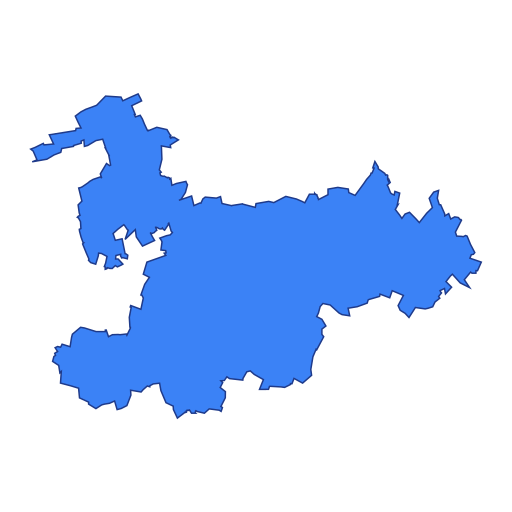 Nkangala, Mpumalanga, South Africa
{"feature_id": "47623444B64302501149239", "entity_name": "Nkangala", "entity_type": "district", "adm_level": 2, "iso_a3": "ZAF", "parent_name": "South Africa", "parent_adm1": "Mpumalanga", "projection": "mercator", "projection_center": [29.297, -25.643], "detail": "fine", "context": "isolated", "style": "filled", "palette": "blue", "viewbox_px": 512, "rotation_deg": 0, "n_neighbors": 0, "source": "geoboundaries", "source_scale": "gbopen_adm2", "svg_char_len": 6019}
<svg xmlns="http://www.w3.org/2000/svg" viewBox="0 0 512 512"><path d="M55.1,347.7L57.6,351.5L54.7,353.3L55.5,355.4L53.9,356.5L52.6,361.4L58.7,365.4L59.9,372.9L61.3,371.5L60.5,383.1L70.7,385.8L78.6,388.2L79.5,397.9L88.6,402.1L88.6,404.1L95.9,408.6L101.7,404.9L104.5,404.1L109.5,403.3L114.6,401.0L117.1,409.6L121.2,408.5L126.9,405.6L130.9,395.1L130.6,390.2L141.1,392.0L143.2,389.6L147.3,386.0L149.8,386.8L149.9,385.7L153.3,383.9L159.6,383.2L160.9,390.6L166.0,402.7L173.2,406.1L173.4,409.5L177.4,418.1L184.5,412.7L184.9,412.7L185.0,412.5L185.0,412.3L185.6,412.3L186.0,412.0L186.4,412.1L186.4,411.6L186.1,411.5L186.1,411.1L186.8,410.5L187.1,410.5L187.2,410.2L187.5,410.3L187.5,410.6L187.8,410.6L187.9,410.3L188.5,410.1L189.0,410.3L189.5,410.0L191.5,413.2L195.7,413.2L195.3,412.8L195.2,412.5L195.4,412.1L195.5,411.0L195.9,410.7L197.2,411.5L204.4,413.2L209.2,408.9L219.2,410.2L221.1,411.4L221.8,409.5L222.4,407.5L222.0,407.3L221.3,406.6L220.9,406.5L225.3,397.8L225.4,391.6L220.2,387.5L222.7,382.6L220.9,380.8L224.3,380.5L226.9,376.8L229.5,378.6L242.8,380.1L243.0,378.4L246.8,371.8L250.3,370.9L254.2,374.4L263.4,379.6L259.5,389.4L263.8,389.4L268.5,389.3L269.5,386.4L270.2,386.3L281.0,386.9L284.6,387.4L290.5,384.5L290.5,383.6L292.0,383.7L294.0,378.4L302.6,383.1L311.6,375.3L310.8,369.5L312.9,356.8L316.1,349.2L316.7,349.8L323.7,336.7L321.9,334.4L321.9,329.1L325.9,326.0L321.9,319.3L316.7,316.6L318.4,313.1L320.2,306.5L322.9,303.5L330.2,305.0L339.0,313.0L342.0,314.6L349.7,315.8L348.1,308.2L357.3,306.7L367.2,303.1L368.1,300.0L368.9,299.5L379.6,296.4L380.0,294.1L389.7,297.8L392.2,290.7L403.4,295.4L398.1,305.6L400.2,310.3L405.1,313.3L409.0,317.5L415.4,307.5L425.2,308.9L427.9,308.3L432.7,306.8L435.0,302.0L439.8,298.2L438.6,296.5L441.5,292.9L440.6,291.9L440.3,291.3L440.3,290.9L440.1,290.6L444.5,288.5L445.5,293.9L451.6,287.2L446.0,281.6L450.4,276.0L452.4,274.2L460.2,282.9L469.6,287.6L464.3,279.7L470.6,272.1L472.0,273.2L475.9,273.2L476.0,270.6L477.5,270.7L481.3,262.1L469.9,258.2L471.3,254.7L473.4,254.3L474.8,252.6L470.5,244.4L467.1,236.1L465.6,235.5L463.2,236.7L461.9,236.4L456.7,236.1L455.4,232.1L461.5,220.2L460.9,219.5L459.9,219.5L458.5,217.6L457.3,217.3L454.7,216.9L450.7,219.0L448.7,213.6L444.8,215.9L444.7,213.9L440.7,204.8L439.3,204.7L437.3,198.3L438.6,190.4L433.7,192.1L429.2,198.3L432.4,207.6L426.7,213.2L419.3,222.6L415.8,218.7L409.5,212.3L405.1,214.0L401.9,218.4L399.5,214.9L395.3,209.5L398.1,204.5L397.3,204.8L399.7,193.1L394.9,191.4L394.2,195.0L392.1,194.1L390.6,193.0L388.1,186.8L387.2,185.1L390.2,182.5L388.9,179.5L388.4,181.1L387.6,179.3L387.7,175.4L386.9,174.8L385.6,175.1L384.8,173.4L378.3,168.8L378.1,166.8L374.9,161.5L372.8,167.9L374.1,168.1L372.1,173.0L371.1,173.1L370.4,175.1L366.6,179.4L363.8,183.5L355.1,195.4L348.8,192.6L348.3,189.0L337.8,187.4L328.0,189.1L328.0,194.7L318.6,199.5L318.6,199.1L318.0,198.5L318.0,197.4L317.6,196.9L317.1,195.9L317.0,194.9L316.7,194.8L316.1,194.8L315.8,194.2L315.5,194.1L315.2,194.2L315.2,193.9L314.9,193.8L314.7,193.5L314.7,193.9L314.1,194.2L309.4,194.2L304.8,202.8L302.0,201.4L296.4,199.0L285.8,196.4L273.8,202.6L268.7,201.4L256.0,203.6L255.3,207.4L242.3,204.0L242.3,203.9L231.9,205.5L231.7,205.7L222.0,203.5L220.5,196.6L216.4,198.1L205.2,197.1L202.9,198.9L200.9,203.2L199.9,203.0L193.9,205.6L191.6,196.0L178.9,200.3L181.0,199.4L185.4,192.5L187.5,184.7L186.7,183.4L185.9,181.4L176.4,183.5L171.9,185.3L170.8,178.3L169.7,179.1L169.3,177.8L168.0,177.3L167.4,177.8L164.2,176.1L163.0,176.3L160.6,175.5L159.9,172.9L161.2,172.2L159.3,169.9L161.9,159.3L161.4,145.9L170.7,147.6L170.2,145.0L178.4,139.9L173.9,137.2L173.1,137.7L172.3,137.1L171.6,137.8L171.0,137.1L170.4,137.9L169.8,136.6L170.8,135.3L169.9,134.6L167.0,129.6L156.8,127.3L148.4,130.7L148.2,130.3L147.5,130.6L144.5,124.2L142.4,119.0L140.2,115.3L135.4,116.9L134.4,114.5L135.2,114.4L131.7,105.7L141.6,100.9L140.6,98.6L138.1,93.9L129.9,97.5L122.8,100.8L121.0,97.1L105.6,96.1L96.6,105.3L91.6,107.2L85.8,109.3L80.9,111.9L75.3,116.1L78.0,122.0L81.0,128.0L76.1,128.4L75.6,130.6L49.3,134.8L53.6,144.0L44.0,144.9L43.3,143.4L34.9,147.5L30.7,149.1L33.2,151.1L37.0,159.9L32.2,161.8L46.9,159.2L54.1,154.9L60.8,152.3L61.7,148.5L73.5,146.4L73.6,145.5L81.3,143.2L81.1,141.1L83.9,139.9L84.4,146.4L87.7,145.5L95.9,140.6L102.7,139.2L105.6,147.9L105.2,147.9L109.0,155.3L108.8,155.3L110.6,165.1L109.5,165.6L106.5,163.5L100.3,173.9L101.7,178.1L100.4,176.9L93.1,179.4L89.8,181.3L87.8,183.0L82.4,186.7L80.8,187.5L78.7,188.0L81.9,201.1L78.1,204.9L79.2,212.8L80.0,215.4L78.3,216.2L77.3,217.3L78.4,217.9L80.5,221.7L80.9,228.6L79.3,229.3L79.5,231.1L81.1,237.2L83.2,243.0L83.5,243.0L82.6,243.9L86.3,253.0L88.9,259.0L88.5,260.3L90.7,262.6L95.7,264.2L98.3,255.8L98.6,253.1L101.5,253.5L107.0,256.4L105.6,263.2L104.3,266.6L105.2,267.0L105.2,269.3L106.7,268.8L106.8,268.1L107.3,268.2L107.6,267.7L109.6,268.4L112.2,268.5L115.3,265.6L117.4,266.9L121.6,264.9L122.9,264.1L118.1,259.0L115.6,259.0L115.9,255.5L120.7,254.3L120.6,256.1L121.8,258.0L122.6,257.6L127.3,258.8L127.8,255.2L126.0,253.9L125.1,253.7L122.1,238.8L115.3,240.3L113.1,233.5L117.9,229.2L123.8,224.7L124.8,225.8L127.4,229.7L128.2,230.2L125.1,239.4L135.3,229.6L136.3,236.9L142.5,246.1L154.6,240.5L152.3,236.6L150.5,233.1L150.7,232.9L151.7,233.6L154.4,232.5L155.1,231.5L156.8,230.3L155.6,227.3L155.8,227.2L157.6,227.7L158.3,228.3L159.4,228.8L160.1,228.9L161.4,228.9L162.4,228.0L162.6,228.4L162.5,228.7L163.4,229.3L164.2,230.0L164.6,230.2L168.6,224.2L168.3,223.5L168.8,223.1L171.1,231.0L172.4,232.5L170.2,234.9L166.5,235.7L159.8,238.1L161.3,240.3L162.0,241.9L160.9,250.0L165.7,250.6L166.1,252.8L164.2,253.2L165.8,255.4L146.9,262.1L143.3,274.2L149.4,277.3L144.7,284.3L140.9,295.0L141.9,295.2L143.3,298.0L140.9,309.3L130.7,305.5L130.2,307.0L131.2,307.4L129.3,317.3L129.9,327.0L130.0,327.4L130.4,327.4L130.4,328.1L126.9,335.2L126.4,334.0L120.1,334.7L118.0,334.5L112.4,334.7L108.5,336.7L106.2,330.0L105.3,330.1L105.3,331.6L96.1,331.6L84.6,328.0L80.6,327.3L72.4,334.2L71.6,337.2L70.1,346.7L62.1,344.2L60.6,347.2L57.6,346.5L55.1,347.7Z" fill="#3b82f6" stroke="#1e3a8a" stroke-width="1.5"/></svg>